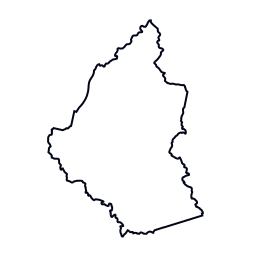 Ku-ring-gai, New South Wales, Australia, rotated 3°
{"feature_id": "25037944B69948285060259", "entity_name": "Ku-ring-gai", "entity_type": "district", "adm_level": 2, "iso_a3": "AUS", "parent_name": "Australia", "parent_adm1": "New South Wales", "projection": "robinson", "projection_center": [151.146, -33.727], "detail": "fine", "context": "isolated", "style": "outline", "palette": "ink", "viewbox_px": 256, "rotation_deg": 3, "n_neighbors": 0, "source": "geoboundaries", "source_scale": "gbopen_adm2", "svg_char_len": 5857}
<svg xmlns="http://www.w3.org/2000/svg" viewBox="0 0 256 256"><g transform="rotate(3 128 128)"><path d="M69.5,183.1L69.8,183.6L70.3,183.8L72.4,184.2L74.3,185.2L75.0,185.4L75.6,185.2L77.1,184.1L80.2,183.3L83.7,183.1L85.0,183.3L85.4,183.7L85.8,184.6L87.8,185.3L88.3,185.8L88.3,186.8L88.1,188.0L88.3,188.8L88.9,189.5L88.8,190.4L89.5,192.9L89.0,194.1L89.1,194.8L89.6,195.0L90.2,194.7L90.7,194.7L91.7,196.0L91.8,196.3L91.6,197.1L91.8,197.4L92.4,197.7L93.2,197.2L93.4,197.3L94.0,197.7L95.1,199.6L96.9,201.4L98.0,201.8L99.3,200.9L101.6,201.0L103.4,201.3L106.6,202.3L107.2,202.6L107.3,202.8L106.7,203.3L105.8,203.7L105.4,204.4L105.4,204.6L106.0,205.4L106.6,205.6L108.4,205.3L109.7,206.2L111.9,207.0L112.6,206.7L113.1,204.9L113.4,204.5L114.2,204.5L115.2,204.9L115.5,205.6L115.6,206.6L116.3,207.8L116.4,210.2L116.2,210.8L115.9,211.3L115.4,211.4L114.7,211.2L114.5,211.4L114.4,211.7L114.6,212.5L115.3,213.9L115.2,214.9L115.4,216.0L115.8,217.1L116.3,217.6L116.8,217.6L118.4,215.8L119.4,215.3L119.9,215.3L120.1,215.9L120.1,217.7L120.5,218.3L121.7,218.7L122.0,218.9L122.3,219.9L122.5,222.1L122.7,222.4L123.2,222.6L124.8,222.5L125.5,222.8L127.0,223.9L128.2,225.4L128.3,226.0L128.0,226.2L127.3,226.4L126.1,226.4L125.7,226.5L125.5,226.8L126.2,228.3L125.7,230.8L126.0,232.6L126.2,233.3L126.8,234.4L127.3,236.1L127.6,236.5L127.9,236.6L128.5,236.6L129.8,234.5L131.2,233.3L133.0,230.2L134.1,230.6L135.2,231.6L135.8,231.9L136.4,231.9L137.7,231.6L138.1,231.6L138.5,232.0L138.6,232.5L138.8,232.9L140.2,232.4L141.2,232.3L142.0,232.4L142.8,233.0L143.5,232.8L144.5,233.1L145.1,232.8L146.0,231.8L146.3,231.6L147.6,231.8L149.3,232.7L151.8,232.7L153.5,231.0L154.8,230.4L155.4,230.3L157.1,230.6L157.8,231.1L158.7,231.3L159.0,230.2L160.0,228.7L168.7,225.4L168.8,225.5L206.8,211.5L206.5,210.3L206.5,210.1L206.3,209.6L207.1,209.4L207.2,209.1L207.2,208.5L206.9,207.8L205.9,206.5L205.7,206.0L204.2,205.1L203.6,204.3L201.2,203.2L200.9,202.9L200.4,203.1L199.9,202.4L199.3,200.8L200.7,199.6L200.8,198.4L200.6,197.8L198.1,195.5L196.9,195.1L195.5,195.1L195.0,194.4L195.2,194.1L194.8,193.0L194.8,191.4L195.5,188.6L195.0,187.9L194.9,185.3L194.8,184.8L193.9,184.0L191.3,183.3L190.0,182.8L188.8,181.8L188.1,181.5L186.6,179.8L187.2,179.4L186.7,178.5L185.3,177.5L184.9,176.4L185.0,175.3L185.3,174.6L188.9,172.4L190.9,171.9L191.4,171.6L191.3,170.9L191.0,170.4L190.1,170.0L188.8,169.9L188.4,169.4L189.0,166.3L188.8,165.4L188.5,165.0L187.6,164.4L186.5,164.3L186.2,164.1L186.1,163.5L186.4,162.0L186.0,161.6L184.5,160.9L184.0,160.4L182.6,157.0L181.4,154.8L181.1,154.8L180.8,154.9L180.2,155.7L179.4,156.0L178.4,155.9L176.8,155.3L176.1,154.8L173.0,153.3L172.9,152.9L173.1,152.4L172.8,151.8L172.3,151.3L171.1,150.8L170.6,150.2L170.6,149.1L171.2,147.5L171.7,146.1L172.6,144.8L172.9,143.9L173.0,143.0L172.7,141.6L172.4,141.0L172.4,140.5L173.3,139.5L173.0,138.2L173.6,136.7L175.2,135.0L175.5,134.4L176.2,133.6L177.2,132.9L177.8,132.3L178.3,131.3L179.7,130.2L181.0,129.8L182.0,130.1L182.4,129.7L183.3,129.6L184.2,129.7L185.4,130.6L185.7,130.6L185.9,130.1L186.0,129.1L185.8,128.2L185.3,127.1L183.3,125.8L182.5,126.1L182.2,125.9L182.0,125.0L182.6,123.7L181.4,122.4L181.3,121.1L181.7,119.4L180.8,118.6L180.6,117.8L180.8,116.8L180.6,115.4L181.0,114.0L180.9,113.6L182.4,110.3L181.9,106.3L182.3,105.4L183.2,104.4L185.5,88.8L184.6,88.2L183.6,86.3L183.3,85.1L182.9,84.6L182.8,83.6L181.6,82.2L179.3,82.4L177.9,82.2L177.1,82.0L175.3,81.8L173.6,82.1L172.4,81.7L170.3,81.4L168.2,81.7L167.6,81.7L166.4,81.2L165.2,81.1L162.8,79.3L162.5,79.1L162.4,78.7L162.6,77.2L162.6,76.8L162.0,75.7L160.4,74.1L160.2,73.4L160.3,72.9L161.6,71.7L161.8,71.3L160.3,70.8L159.2,70.6L158.4,70.2L155.6,66.7L154.2,65.7L153.3,65.3L152.7,63.5L150.8,61.7L151.0,61.1L151.3,60.6L154.0,57.8L156.3,54.4L157.0,52.9L156.9,51.2L157.0,50.7L157.7,49.9L158.6,49.2L159.1,48.3L159.0,47.8L158.1,47.0L157.1,46.7L155.5,46.4L154.7,45.8L154.4,44.9L154.5,43.6L154.2,42.9L152.8,41.3L152.7,40.9L152.9,39.9L153.6,39.2L154.5,39.0L154.6,38.7L154.5,38.0L153.7,36.4L153.6,36.0L153.9,35.2L155.0,33.8L155.2,33.1L155.1,32.6L154.9,32.0L153.0,30.3L152.7,29.5L152.6,27.8L152.3,27.1L149.6,25.1L146.8,22.8L145.6,21.5L145.2,20.9L145.2,19.4L144.0,19.4L143.5,19.8L142.6,21.1L141.6,23.7L140.4,25.7L140.1,26.0L138.4,26.0L137.2,25.3L136.6,25.3L136.2,25.4L135.4,26.0L135.0,27.3L135.1,28.4L135.4,29.0L136.9,30.5L137.1,31.0L137.0,31.4L136.1,31.7L134.2,31.9L133.7,32.2L133.1,32.9L132.4,34.6L131.7,35.1L129.1,35.3L128.0,35.8L127.7,36.2L126.4,39.4L126.4,40.1L126.8,40.7L126.9,41.3L126.6,42.0L125.5,43.7L124.5,44.2L122.7,44.4L122.1,44.7L121.1,45.7L120.4,47.0L118.5,48.8L116.6,49.1L114.6,48.8L113.5,49.2L113.4,49.5L113.6,50.7L113.5,51.3L112.9,52.7L111.9,54.0L111.2,55.9L111.3,56.5L111.6,56.8L113.2,56.8L113.4,57.1L113.5,57.6L113.2,59.3L111.2,60.0L109.5,60.3L106.3,62.7L105.3,64.0L104.6,64.6L104.0,64.8L102.7,64.8L101.8,66.2L101.4,67.6L101.0,67.9L100.3,67.9L99.5,67.0L99.0,66.8L98.2,66.8L97.1,67.2L96.8,67.2L95.9,65.8L95.5,65.9L94.8,66.3L94.2,66.7L93.7,67.5L93.1,68.5L92.3,70.9L91.7,71.7L91.1,72.2L91.0,74.3L90.6,76.3L89.9,77.9L87.5,82.2L86.9,84.0L86.5,86.8L86.4,91.2L86.2,93.7L85.3,97.9L84.2,101.0L82.1,104.9L80.7,107.0L77.9,110.5L75.6,114.6L73.5,114.0L71.1,128.9L70.5,129.0L70.1,129.3L68.4,131.3L67.8,131.6L67.3,131.4L66.4,131.5L65.7,132.3L63.8,133.1L63.3,133.5L63.0,133.6L53.7,132.0L53.4,132.6L52.4,133.1L51.9,133.6L51.9,134.0L52.3,134.6L52.0,135.9L52.4,136.9L52.2,138.3L52.0,138.7L50.5,139.0L50.1,139.2L49.2,140.5L48.8,141.6L48.9,145.2L49.0,146.1L49.3,146.7L51.0,148.6L51.7,150.5L50.6,151.5L50.1,152.4L50.1,154.5L49.8,156.3L50.8,157.2L52.2,158.2L52.9,158.9L53.4,159.9L53.2,160.9L53.5,161.5L56.0,162.5L58.7,162.4L59.7,162.4L60.4,162.7L60.7,163.4L60.9,164.2L60.9,165.4L61.2,166.8L61.5,167.2L62.6,168.1L62.9,168.6L62.9,169.2L62.4,170.7L62.5,171.6L63.0,172.9L63.5,173.1L64.4,171.9L64.9,171.8L67.0,175.2L69.5,177.2L69.1,179.3L69.6,180.6L69.5,183.1Z" fill="none" stroke="#020617" stroke-width="2"/></g></svg>